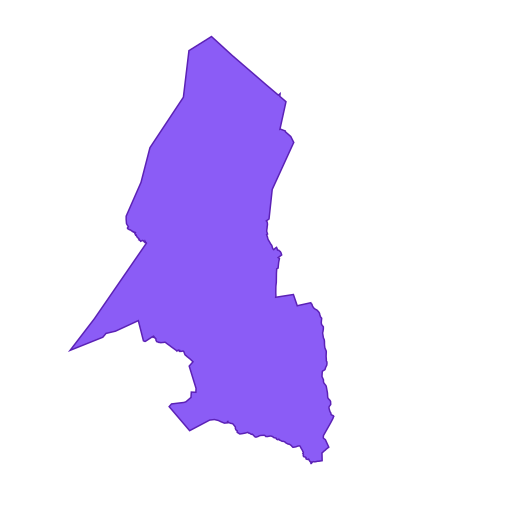 the district of Bergeijk, Noord-Brabant, Netherlands, rotated 112°
{"feature_id": "6326949B35085344325863", "entity_name": "Bergeijk", "entity_type": "district", "adm_level": 2, "iso_a3": "NLD", "parent_name": "Netherlands", "parent_adm1": "Noord-Brabant", "projection": "equal_earth", "projection_center": [5.381, 51.323], "detail": "fine", "context": "isolated", "style": "filled", "palette": "violet", "viewbox_px": 512, "rotation_deg": 112, "n_neighbors": 0, "source": "geoboundaries", "source_scale": "gbopen_adm2", "svg_char_len": 5948}
<svg xmlns="http://www.w3.org/2000/svg" viewBox="0 0 512 512"><g transform="rotate(112 256 256)"><path d="M136.6,263.5L135.9,264.3L132.2,268.5L129.9,275.1L129.1,275.7L129.1,275.8L129.2,280.7L129.3,281.1L129.5,281.3L101.7,286.0L99.1,293.7L96.5,294.5L98.5,295.5L93.7,310.0L78.9,353.5L69.2,379.5L90.7,395.1L136.0,382.8L195.3,394.9L230.8,390.2L267.7,391.3L270.7,390.1L274.3,388.3L274.7,388.0L276.7,385.3L278.2,385.7L278.7,385.3L278.8,384.9L278.8,384.4L279.0,383.8L279.0,383.4L279.0,382.9L278.9,382.6L279.0,382.5L278.9,382.2L279.0,381.7L279.1,381.4L279.2,381.2L279.4,380.2L279.5,380.0L279.4,379.9L279.6,379.3L279.7,378.8L279.4,378.6L279.6,378.3L279.5,378.2L279.4,376.6L279.6,376.6L279.7,376.8L280.0,376.8L280.2,377.0L280.3,376.9L280.2,376.7L280.6,376.6L281.5,375.7L281.2,375.6L281.2,375.4L281.4,375.4L281.6,375.0L282.2,374.2L283.0,373.3L283.4,372.4L283.6,371.7L284.2,370.6L284.5,370.5L284.8,370.6L284.8,370.2L285.1,369.6L285.0,369.3L285.0,369.0L285.5,368.5L285.2,368.3L285.1,368.1L284.9,367.7L284.3,367.4L284.1,367.0L284.2,366.9L284.0,366.5L284.0,366.4L284.5,365.3L284.3,365.2L284.2,365.1L284.5,364.9L284.4,364.8L284.4,364.6L284.1,364.5L283.9,364.5L284.1,364.3L284.3,364.2L284.5,364.2L284.4,364.0L284.9,363.9L284.7,363.6L285.0,363.2L284.8,363.1L284.8,362.8L284.9,362.7L285.1,362.4L374.9,382.4L413.1,393.0L388.7,367.6L383.8,366.0L383.5,365.4L378.3,358.1L360.0,340.9L376.8,328.6L376.8,326.9L376.6,326.7L376.3,326.4L371.1,322.8L370.7,322.6L368.7,321.0L368.9,320.4L369.0,320.4L369.7,320.5L369.5,320.1L369.9,319.5L369.9,319.4L369.7,319.2L370.1,318.0L370.3,317.8L371.0,317.5L371.8,317.0L371.9,316.7L372.5,316.1L372.6,315.8L372.5,315.6L372.5,313.7L372.5,313.4L372.2,313.0L372.1,312.8L372.1,311.9L371.5,310.8L370.8,309.4L370.0,308.1L370.0,307.8L370.7,305.3L371.5,302.0L371.6,301.7L371.9,300.7L373.5,294.1L373.5,293.9L373.7,293.7L372.4,292.9L372.1,291.4L372.4,291.2L373.0,291.5L373.1,291.4L373.1,291.2L373.0,290.8L372.7,290.3L372.5,289.8L372.4,289.6L372.3,289.3L371.6,288.4L371.5,287.9L371.5,287.5L371.9,286.9L373.9,285.1L374.5,284.2L374.6,283.9L374.5,283.5L375.1,282.3L375.6,280.4L375.8,279.9L376.2,278.5L376.7,277.2L377.0,276.7L377.3,275.5L377.5,275.3L377.7,274.8L383.1,276.7L401.2,262.0L404.9,260.7L406.4,265.0L411.5,263.3L417.5,266.4L418.8,268.0L424.8,278.9L428.2,280.1L442.8,252.1L425.5,237.5L423.2,233.3L422.6,229.2L422.8,226.5L422.8,222.7L421.3,219.8L420.8,220.2L420.4,220.4L420.1,220.4L419.9,220.1L420.4,219.8L420.7,219.5L420.6,216.6L420.4,215.7L420.3,215.4L420.2,215.0L420.5,214.2L422.2,211.2L422.5,211.0L423.7,210.5L424.7,209.5L425.0,208.8L425.0,208.2L425.1,207.9L425.4,207.7L426.2,207.6L426.5,207.4L426.7,206.8L426.6,206.5L427.0,205.0L427.1,204.5L427.0,204.2L425.8,202.1L424.1,199.5L422.6,197.6L422.6,197.3L422.9,196.8L422.9,196.2L422.7,195.7L422.9,194.5L423.1,193.6L423.0,193.3L422.6,192.6L424.0,189.3L424.1,188.9L424.0,188.4L423.7,187.8L422.3,186.2L421.4,185.5L420.6,184.4L419.3,181.6L419.1,180.9L419.1,180.6L419.7,179.2L419.4,178.6L419.2,177.9L417.9,175.9L417.5,175.2L417.3,174.5L417.3,174.2L417.2,172.8L417.6,172.1L417.7,171.3L417.6,170.8L417.5,170.0L417.3,169.5L417.3,169.3L417.5,168.8L418.1,168.4L418.2,167.2L418.1,166.8L417.5,166.5L417.3,166.2L417.4,165.7L417.8,165.3L417.9,165.0L417.8,164.2L418.0,163.0L418.0,162.3L417.6,161.2L417.5,159.6L417.9,159.0L418.2,157.7L418.2,156.8L418.4,155.6L418.0,155.0L418.2,153.3L418.4,152.9L418.5,152.2L418.9,151.7L419.1,151.1L419.5,150.3L419.5,150.0L418.1,147.7L417.6,147.1L417.0,146.5L416.4,145.7L415.8,144.7L415.7,144.3L415.9,143.8L417.5,142.0L418.1,141.1L419.1,139.9L419.8,139.3L420.2,138.6L420.8,138.4L421.6,138.6L422.1,137.8L423.0,137.5L423.5,137.4L424.0,136.8L424.2,136.3L424.0,135.4L424.0,134.5L424.2,134.1L424.5,134.0L425.1,133.8L425.3,133.7L425.4,133.2L425.4,132.2L425.2,131.8L424.7,131.3L424.6,131.2L424.7,130.8L425.1,130.6L425.4,130.3L426.4,128.7L426.5,128.5L426.3,128.1L426.3,127.6L427.3,127.6L427.7,127.4L427.8,127.2L427.4,126.9L426.4,126.7L425.9,126.5L425.2,125.9L425.0,124.9L424.9,124.6L424.2,123.3L423.7,122.7L423.3,122.1L423.0,121.6L422.7,120.7L422.0,119.8L422.0,119.6L421.0,118.0L414.7,120.7L414.1,121.1L411.1,119.7L410.0,119.0L408.9,118.6L406.0,116.9L400.3,122.9L399.8,124.8L399.4,125.5L397.2,126.2L382.7,124.3L378.7,123.9L377.1,123.8L376.9,123.9L376.7,124.0L375.6,123.8L375.3,124.2L375.1,124.6L375.0,126.6L374.9,126.9L373.6,127.8L373.2,128.2L372.6,129.1L372.3,129.4L372.1,129.5L369.9,131.2L369.2,131.6L368.8,131.7L367.8,131.7L366.8,131.4L366.1,131.2L365.7,131.1L365.0,131.4L362.9,132.4L362.5,132.9L362.1,133.4L361.1,135.6L360.3,136.5L359.7,136.8L356.3,138.4L350.6,142.0L350.2,142.4L350.0,142.6L348.5,145.2L348.2,145.6L347.4,146.3L345.5,147.1L343.1,149.6L342.7,149.8L338.8,151.1L338.1,151.2L337.7,151.1L335.7,149.6L335.3,149.5L333.3,149.7L330.7,149.5L328.9,150.0L327.6,150.6L327.0,151.4L326.5,151.7L325.4,152.1L322.8,153.4L318.6,154.9L317.8,155.3L315.3,157.8L312.9,159.1L309.2,160.7L307.9,161.5L306.7,162.8L302.6,165.3L302.0,165.5L301.0,165.6L298.5,166.2L296.5,167.0L296.3,167.2L295.7,168.3L295.0,169.4L294.7,169.7L293.7,170.3L293.1,170.6L289.1,171.8L288.9,172.1L288.4,173.2L288.1,173.5L286.5,174.9L285.4,175.6L285.1,175.9L284.2,177.2L283.4,179.0L283.2,179.7L283.2,180.8L282.9,181.9L282.7,182.7L281.5,184.6L281.1,185.0L279.9,186.0L279.6,186.4L279.5,187.1L279.3,187.3L278.8,187.7L285.1,196.9L286.7,199.1L277.7,206.9L286.9,222.3L285.3,222.7L282.9,223.8L277.0,226.1L275.7,226.5L272.8,227.3L264.3,230.6L260.1,232.0L258.9,231.0L253.4,232.6L249.6,233.3L249.2,234.9L245.4,232.6L243.5,234.2L242.7,235.3L242.7,235.8L242.6,236.1L242.1,237.1L242.5,237.9L242.3,238.5L241.7,238.8L240.3,240.2L241.1,240.8L242.5,241.5L243.5,241.9L243.5,242.1L243.4,242.3L242.9,243.1L242.0,244.0L241.3,244.5L240.2,245.4L239.4,246.8L237.5,249.2L236.2,250.9L235.8,251.3L234.1,252.5L232.2,254.2L231.3,253.5L229.2,255.3L227.7,255.8L225.6,256.3L224.6,256.7L224.2,256.7L222.4,257.2L221.2,257.8L220.2,258.5L219.6,259.6L216.8,257.8L188.2,265.9L137.5,263.6L136.6,263.5Z" fill="#8b5cf6" stroke="#5b21b6" stroke-width="1.5"/></g></svg>